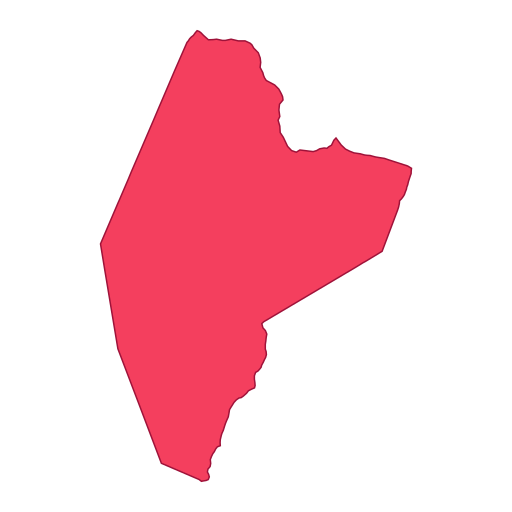 Abaré, Bahia, Brazil (Mercator projection)
{"feature_id": "56859067B80599784760755", "entity_name": "Abaré", "entity_type": "district", "adm_level": 2, "iso_a3": "BRA", "parent_name": "Brazil", "parent_adm1": "Bahia", "projection": "mercator", "projection_center": [-39.262, -8.852], "detail": "fine", "context": "isolated", "style": "filled", "palette": "rose", "viewbox_px": 512, "rotation_deg": 0, "n_neighbors": 0, "source": "geoboundaries", "source_scale": "gbopen_adm2", "svg_char_len": 2147}
<svg xmlns="http://www.w3.org/2000/svg" viewBox="0 0 512 512"><path d="M260.2,58.0L258.3,52.8L253.8,48.2L251.8,44.7L250.1,43.2L245.1,40.9L238.4,40.9L231.1,39.2L225.4,40.4L222.4,40.4L216.6,39.2L213.1,39.6L208.4,39.8L203.5,35.4L200.9,32.7L199.1,31.4L197.1,30.7L195.4,32.6L193.4,35.4L191.2,37.1L189.6,38.8L188.3,40.9L187.0,42.4L175.9,67.8L174.5,71.0L161.6,101.2L159.7,105.6L153.3,120.7L131.2,172.1L128.4,178.9L119.3,200.1L118.3,202.3L100.5,243.9L105.3,273.2L105.7,275.5L117.9,348.8L138.7,403.4L161.4,463.3L199.1,479.5L201.4,481.3L203.4,480.9L206.0,480.5L208.2,479.6L209.3,476.9L208.6,474.3L207.4,472.0L207.9,469.2L210.1,466.5L210.7,463.5L210.3,459.6L211.5,456.4L212.8,453.7L214.3,451.7L215.7,448.9L217.4,446.8L220.3,445.7L220.1,442.7L220.3,439.6L221.3,435.4L221.9,433.4L223.3,430.3L224.4,426.7L225.4,423.6L226.7,420.4L228.3,416.8L229.0,412.9L229.5,409.7L230.8,407.5L232.2,405.3L234.0,402.4L236.4,399.8L239.0,398.0L241.2,397.6L243.3,396.1L246.5,393.3L248.4,390.8L251.5,389.2L254.5,387.9L255.1,385.6L254.9,382.7L254.4,379.2L254.4,375.8L255.6,372.4L258.0,371.0L259.7,369.1L261.1,367.3L261.7,365.1L263.3,362.2L264.4,359.7L265.6,357.5L266.4,354.6L266.1,351.5L265.3,349.1L265.3,346.8L265.3,344.4L265.8,341.1L266.2,337.4L266.8,334.1L265.4,330.6L262.9,327.8L261.8,323.6L263.8,321.7L356.6,266.7L362.9,262.8L365.5,261.4L382.1,251.3L397.6,210.1L398.6,207.0L399.3,203.7L399.6,200.7L401.5,198.8L403.1,196.7L404.4,194.6L405.3,192.0L406.4,189.3L406.8,187.1L407.7,184.8L408.4,181.7L409.3,178.9L410.3,175.9L411.1,173.7L411.2,171.2L411.5,168.3L407.7,166.0L393.8,161.5L388.8,159.9L384.5,158.4L380.0,157.7L375.7,157.0L373.0,156.3L370.1,155.5L367.0,155.3L364.6,155.0L360.3,153.8L354.0,152.9L349.7,151.2L345.5,149.1L341.2,145.0L336.0,138.0L333.9,140.2L331.5,145.2L328.7,146.8L327.0,148.3L324.1,148.0L319.7,148.8L316.6,150.6L313.2,151.6L299.9,150.0L296.3,152.2L291.6,150.6L287.6,146.4L283.3,137.3L280.2,132.6L279.8,126.1L278.1,120.2L279.8,116.5L278.9,110.0L279.5,104.2L283.0,100.0L282.6,96.8L281.7,94.6L280.5,92.2L278.8,89.1L274.7,85.0L266.3,80.5L264.6,78.0L263.6,75.6L262.8,72.6L260.1,67.4L260.7,62.4L260.2,58.0Z" fill="#f43f5e" stroke="#9f1239" stroke-width="1.5"/></svg>